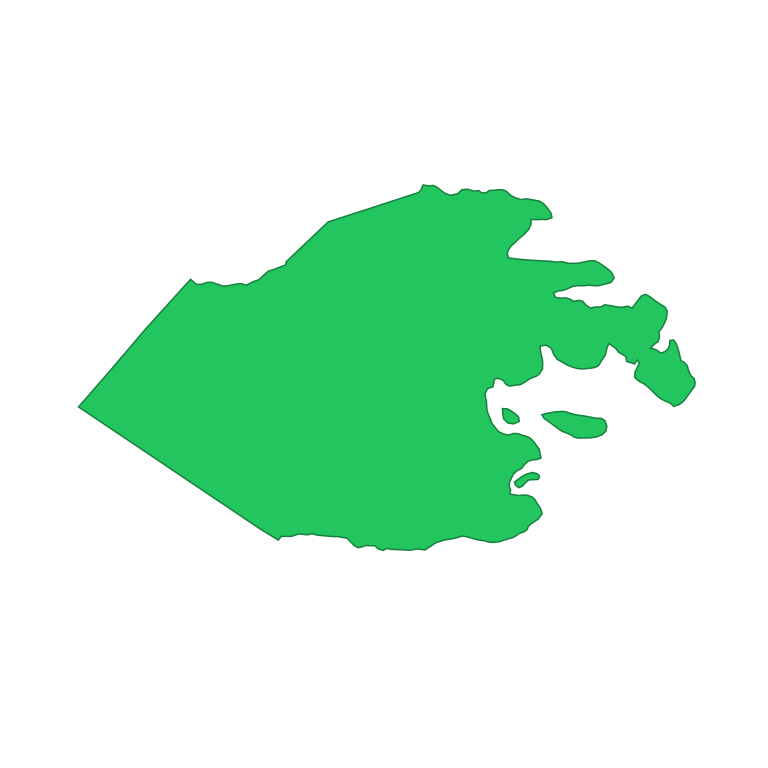 the district of Augusto Corrêa, Pará, Brazil, rotated 75°
{"feature_id": "56859067B74393443468335", "entity_name": "Augusto Corrêa", "entity_type": "district", "adm_level": 2, "iso_a3": "BRA", "parent_name": "Brazil", "parent_adm1": "Pará", "projection": "natural_earth1", "projection_center": [-46.475, -1.101], "detail": "fine", "context": "isolated", "style": "filled", "palette": "green", "viewbox_px": 768, "rotation_deg": 75, "n_neighbors": 0, "source": "geoboundaries", "source_scale": "gbopen_adm2", "svg_char_len": 4708}
<svg xmlns="http://www.w3.org/2000/svg" viewBox="0 0 768 768"><g transform="rotate(75 384 384)"><path d="M563.1,287.1L561.6,283.4L558.7,281.3L557.1,278.1L555.8,274.3L554.6,270.4L550.2,264.8L545.1,265.0L539.5,266.8L534.7,268.2L531.3,270.4L528.6,274.2L527.2,278.4L526.5,283.1L524.4,287.5L522.9,291.0L519.0,289.1L515.0,289.5L511.2,288.1L508.1,285.5L504.3,282.1L502.0,277.4L501.2,273.0L498.2,269.2L495.8,264.4L495.8,259.8L496.5,255.5L496.1,251.5L491.4,251.2L487.4,251.0L484.1,252.2L480.0,253.7L476.4,255.4L473.2,257.6L471.2,260.4L469.3,263.7L467.0,266.8L465.4,271.0L465.4,277.7L462.8,282.0L459.7,285.6L456.1,287.3L453.1,288.7L449.7,289.9L445.8,290.3L441.3,291.0L437.7,291.3L434.2,291.0L430.6,290.3L427.4,289.5L424.2,289.5L419.3,288.8L415.3,285.2L415.0,279.7L411.3,277.5L407.8,276.0L408.0,272.3L411.1,268.0L415.7,266.4L418.4,263.6L419.9,251.9L418.1,245.9L416.5,241.3L415.9,234.9L414.4,231.1L410.3,226.9L404.0,225.1L400.2,224.7L395.5,224.5L391.4,224.1L387.7,223.2L388.6,217.1L392.3,213.5L395.5,212.8L399.0,212.5L404.9,210.4L413.0,202.2L416.9,197.0L419.3,192.8L421.1,187.5L422.6,177.0L422.1,172.7L419.7,169.7L416.5,166.5L413.8,163.0L407.8,159.8L403.0,156.5L409.4,151.0L413.8,149.3L417.6,145.6L420.1,143.3L425.1,143.8L427.3,140.0L429.5,136.8L426.4,133.2L429.7,132.0L433.3,134.8L437.2,138.3L442.4,140.1L445.7,138.2L448.6,135.6L451.6,132.4L455.4,129.6L460.4,126.5L463.3,125.0L466.7,122.9L469.7,120.7L472.8,117.3L476.9,112.1L480.7,109.9L480.3,104.5L478.5,99.6L476.2,96.5L472.5,91.9L469.1,87.7L466.5,84.5L463.0,83.1L458.9,83.0L456.2,85.0L453.1,85.8L448.9,86.3L445.1,86.3L441.1,88.2L438.4,91.0L434.3,91.0L429.5,90.8L424.3,90.9L420.2,91.4L416.5,92.8L415.9,96.5L420.5,98.2L423.6,100.5L425.5,104.2L425.7,108.5L421.0,112.7L418.4,117.3L415.7,112.9L413.9,108.1L409.9,105.7L404.7,104.9L401.4,100.6L398.5,97.9L393.8,94.2L386.7,91.5L382.3,92.8L376.6,98.2L371.7,102.1L367.3,105.6L365.0,108.5L365.6,112.9L368.3,116.1L370.9,119.6L374.8,124.6L371.9,128.6L371.5,134.4L369.6,139.3L366.9,145.1L364.6,150.2L365.7,155.2L364.4,159.3L364.0,165.1L359.6,168.7L355.4,170.7L353.6,174.3L353.3,179.3L350.2,182.4L347.9,185.9L346.9,190.8L344.9,195.6L340.2,197.0L339.2,192.0L340.0,186.7L339.5,182.0L338.6,176.6L339.2,171.1L340.6,166.9L341.4,161.2L342.8,157.3L344.6,151.9L344.7,144.6L344.7,138.4L341.3,134.3L336.2,135.0L332.9,136.6L329.6,139.0L325.8,142.2L322.5,145.0L319.4,148.8L318.2,153.7L317.9,159.9L317.5,165.7L316.6,169.5L315.4,173.8L313.8,177.1L311.9,180.3L310.9,185.9L308.1,192.6L305.6,200.6L304.1,205.0L302.5,209.9L300.4,215.8L298.6,220.9L294.5,231.1L289.8,231.1L286.9,229.3L283.7,225.7L281.6,221.4L279.5,217.8L277.6,214.1L275.5,209.5L271.8,203.8L267.7,200.6L263.1,199.4L264.5,195.2L265.6,189.8L267.3,184.3L266.8,178.7L262.2,178.4L257.6,180.1L254.3,181.5L250.8,183.5L247.7,186.3L245.6,190.6L243.3,195.6L241.8,199.0L241.4,203.8L238.2,208.9L235.2,212.1L232.4,214.3L229.4,215.9L227.3,218.9L225.9,223.2L225.4,227.7L224.3,231.7L225.7,236.1L224.7,240.3L221.7,242.2L221.2,246.8L217.4,253.0L216.5,258.4L219.3,263.6L219.0,270.9L215.7,275.6L212.4,278.4L208.0,281.5L204.9,285.2L204.3,289.3L201.8,294.7L205.9,297.9L208.0,300.9L210.1,340.4L210.9,355.1L211.6,369.6L213.0,396.0L240.6,446.9L243.6,448.2L244.1,454.2L244.9,460.7L245.1,466.7L246.9,470.3L250.9,477.9L251.4,484.4L252.9,491.4L250.0,496.4L249.1,502.0L248.6,510.7L247.4,514.8L243.7,520.3L241.0,524.5L240.1,528.6L240.5,535.1L238.9,539.8L232.8,543.7L268.5,599.1L300.1,644.9L327.1,685.0L396.5,624.4L421.3,602.8L481.4,550.4L488.5,544.1L491.4,541.7L507.4,526.5L504.7,522.7L505.7,518.2L507.2,513.1L506.8,505.0L510.0,496.6L509.8,492.6L513.0,487.0L515.6,479.8L518.0,473.3L519.4,468.1L523.5,459.5L532.0,454.8L535.2,451.8L535.7,448.2L535.3,443.7L537.9,434.6L542.0,432.2L544.5,427.9L543.5,423.3L545.4,420.5L547.7,413.1L551.3,401.8L552.0,394.5L554.9,387.2L550.8,375.2L550.3,365.9L551.2,357.7L551.3,351.9L551.1,347.9L552.5,344.5L555.3,339.7L558.1,335.1L560.2,330.8L561.5,327.2L563.6,324.3L565.2,319.8L566.2,313.2L565.8,307.9L565.7,303.4L565.7,299.3L564.7,295.5L563.3,291.7L563.1,287.1ZM458.6,238.3L462.0,235.5L465.1,232.9L468.9,230.0L472.5,227.1L475.9,224.1L479.1,219.6L481.4,216.8L484.3,214.3L486.4,210.7L487.8,205.3L489.5,198.2L490.1,192.4L489.5,186.6L487.1,182.1L482.6,179.7L476.5,180.1L473.4,183.0L471.9,188.2L469.6,192.8L467.0,198.2L464.9,203.2L462.8,208.0L460.7,211.4L458.6,214.5L456.8,218.1L455.3,225.4L454.5,233.5L454.5,239.5L458.6,238.3ZM453.6,274.6L456.1,269.2L455.1,263.0L450.7,262.6L446.9,264.8L442.8,268.3L440.1,271.0L438.4,276.0L443.4,277.0L448.8,277.4L453.6,274.6ZM515.8,283.1L519.0,280.7L518.5,276.8L515.6,272.3L514.1,269.0L516.1,259.6L513.3,257.6L510.4,259.2L507.9,263.2L507.9,269.7L509.3,275.2L511.1,279.9L512.6,283.4L515.8,283.1Z" fill="#22c55e" stroke="#15803d" stroke-width="1.5"/></g></svg>